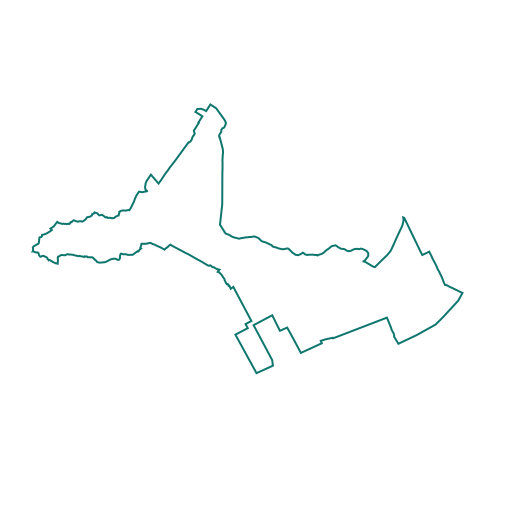 outline of Jijila, Tulcea, Romania, rotated 120°
{"feature_id": "2599482B36076163507486", "entity_name": "Jijila", "entity_type": "district", "adm_level": 2, "iso_a3": "ROU", "parent_name": "Romania", "parent_adm1": "Tulcea", "projection": "mercator", "projection_center": [28.171, 45.34], "detail": "fine", "context": "isolated", "style": "outline", "palette": "teal", "viewbox_px": 512, "rotation_deg": 120, "n_neighbors": 0, "source": "geoboundaries", "source_scale": "gbopen_adm2", "svg_char_len": 6135}
<svg xmlns="http://www.w3.org/2000/svg" viewBox="0 0 512 512"><g transform="rotate(120 256 256)"><path d="M260.8,88.8L244.0,77.2L225.6,66.2L215.6,63.5L193.4,58.5L184.8,58.7L185.6,70.5L185.8,72.2L186.0,76.9L186.6,77.7L185.3,79.7L181.5,84.4L178.3,89.1L176.4,92.3L174.0,95.4L170.4,101.1L165.6,108.1L172.0,112.5L169.4,116.5L148.9,146.6L149.0,147.8L151.4,146.0L156.0,144.6L157.9,144.3L166.1,143.7L181.8,142.1L184.6,142.0L189.9,142.9L196.6,144.9L206.0,147.4L206.3,147.8L206.5,148.4L206.6,149.0L206.5,158.0L206.6,159.1L207.0,160.2L206.7,160.3L206.2,159.7L205.9,159.6L200.8,158.8L199.7,159.0L198.1,159.7L197.2,160.6L196.5,162.2L196.4,162.9L196.5,166.2L197.0,168.5L197.4,169.1L198.5,170.1L198.7,170.4L198.9,171.4L200.4,173.8L201.8,175.0L203.5,176.0L204.7,177.2L205.6,178.4L205.8,179.0L206.0,180.8L206.0,181.3L205.8,182.0L205.9,183.0L207.2,186.0L207.3,189.5L207.0,191.1L207.0,192.4L207.7,193.4L208.5,194.0L209.2,195.0L210.3,195.7L212.8,196.5L216.1,198.1L219.2,199.0L220.5,199.6L221.7,200.5L223.2,201.9L224.8,203.1L224.6,203.5L225.0,204.1L226.5,207.6L229.2,212.0L229.6,212.3L230.0,214.0L230.0,214.8L229.6,216.3L229.7,217.1L232.1,218.3L234.1,219.8L234.4,220.3L234.5,220.9L235.1,222.0L235.2,222.5L235.1,223.1L234.9,224.2L235.0,225.6L234.7,226.7L233.7,230.3L233.5,231.8L233.8,232.7L236.0,235.1L236.7,236.0L237.4,237.9L238.2,240.5L238.4,242.5L239.1,244.4L239.3,245.4L239.4,246.1L239.2,247.1L238.9,247.5L238.8,248.1L239.1,250.3L239.0,251.0L239.3,252.4L239.2,253.2L239.7,255.7L240.1,257.0L240.3,258.2L240.2,259.1L239.8,260.6L239.6,261.8L239.2,262.9L239.8,266.9L239.9,267.3L242.0,269.8L242.8,271.2L243.6,272.1L245.2,274.4L246.2,275.6L247.8,277.6L249.4,279.2L250.9,284.3L251.3,287.3L251.1,289.3L251.2,290.8L251.4,291.4L251.7,293.2L251.3,295.0L251.0,295.3L250.5,295.6L250.4,296.2L247.1,302.4L247.0,302.8L228.1,311.1L200.8,326.7L197.2,328.6L191.3,332.0L190.1,332.8L184.5,335.6L183.2,336.1L181.0,337.5L179.7,338.5L172.2,345.9L172.1,346.4L171.3,346.7L171.2,347.1L171.2,347.3L170.5,348.0L170.0,348.2L168.7,348.3L167.0,348.2L166.3,348.3L165.7,348.2L164.4,348.9L163.8,349.1L162.2,348.9L161.0,348.0L160.5,347.8L157.3,348.1L156.4,348.5L155.8,348.5L153.9,351.2L148.0,364.3L147.6,371.3L155.4,371.6L155.4,373.3L155.9,377.0L158.0,380.3L161.5,380.5L161.8,372.3L169.3,372.6L169.4,372.1L178.6,372.5L179.5,371.5L180.0,371.1L180.6,370.2L183.1,370.2L183.5,370.5L184.9,370.4L187.3,369.9L189.4,370.0L190.9,370.5L191.4,371.0L191.4,371.3L214.0,373.7L222.5,374.9L226.4,375.2L230.2,375.7L238.5,376.2L239.6,376.4L242.0,376.6L238.1,387.7L245.4,388.2L246.3,388.2L248.3,387.9L249.9,387.2L251.2,386.8L252.2,386.3L253.3,385.3L253.7,384.8L253.9,384.3L254.1,383.0L254.3,382.8L254.7,383.0L255.8,384.4L257.6,386.3L258.4,388.7L258.8,389.5L263.7,389.8L267.3,389.4L269.9,388.9L277.9,388.4L279.6,388.6L279.8,389.2L282.1,391.9L282.6,393.2L284.1,395.3L286.0,396.5L286.5,396.0L287.9,395.8L289.6,395.2L290.5,396.1L292.5,397.4L293.8,397.7L294.2,398.0L295.3,399.6L296.0,401.8L296.6,402.5L296.9,403.2L297.1,403.5L296.9,404.6L297.5,404.9L297.8,405.7L297.8,406.4L297.5,407.6L297.3,409.5L297.6,410.2L299.2,412.1L298.9,413.5L298.4,414.6L298.7,416.1L299.0,416.9L298.9,417.6L299.2,417.7L299.8,417.7L300.5,417.8L301.6,418.8L302.7,418.4L303.4,418.6L305.1,419.5L306.2,420.9L307.1,421.8L308.7,421.8L310.3,422.2L312.3,423.1L313.2,423.8L313.4,424.8L313.8,425.7L315.5,427.8L315.9,429.6L316.1,431.3L316.3,431.8L317.2,432.3L318.0,432.4L318.9,432.7L319.1,433.3L319.6,433.5L320.0,433.5L320.6,433.3L321.1,433.7L321.7,433.8L321.8,434.0L321.9,434.7L322.7,435.4L323.2,436.3L323.4,437.1L324.0,437.9L324.4,439.1L325.2,440.0L325.4,441.4L325.9,442.9L326.1,443.3L325.8,445.2L331.2,445.9L331.3,445.8L335.0,447.7L335.6,445.8L338.7,447.2L340.8,448.4L342.8,449.8L344.6,451.8L345.0,451.8L345.8,451.3L346.5,451.3L347.0,451.5L348.0,452.7L348.5,452.7L353.6,450.5L354.2,450.7L358.6,453.3L359.5,453.5L360.2,453.5L362.2,452.0L363.1,451.7L363.7,451.7L363.4,451.2L363.0,448.6L362.9,448.1L362.2,447.1L362.0,446.4L362.0,446.2L363.8,444.2L364.4,442.9L364.3,442.1L363.6,441.5L362.7,441.1L362.1,439.7L362.1,439.4L361.9,437.7L361.9,436.3L362.0,435.9L362.8,435.1L362.9,434.3L363.3,433.5L363.0,433.4L362.6,432.5L362.7,431.3L362.7,429.8L362.8,429.2L362.4,425.5L361.9,424.6L361.8,423.9L360.8,424.4L360.2,424.8L358.6,425.3L357.8,426.2L356.1,427.0L355.6,427.1L355.3,426.7L352.7,425.3L352.0,424.3L351.7,423.5L350.8,421.7L348.9,420.4L348.6,420.0L348.1,418.3L347.5,417.5L346.5,415.1L346.4,414.4L346.0,413.4L345.9,412.7L345.6,412.1L345.5,411.3L345.2,410.7L345.0,409.8L344.2,408.9L344.2,408.5L343.8,407.8L343.8,407.4L343.0,405.5L342.8,404.5L342.8,404.4L342.2,404.3L341.9,404.1L341.8,403.5L341.4,403.1L341.0,402.3L341.3,401.6L341.2,401.1L340.4,399.8L340.2,399.1L339.8,398.6L339.6,398.1L339.0,397.3L339.1,396.6L339.0,396.3L339.0,395.9L339.3,395.6L339.6,394.0L339.9,393.7L339.8,392.9L340.0,392.0L340.2,391.5L340.5,391.2L340.6,390.5L340.4,389.5L340.2,388.6L339.4,387.2L336.9,383.8L335.8,382.8L331.7,380.3L330.1,378.6L329.3,377.6L328.6,376.2L328.5,375.6L328.5,374.3L328.5,373.9L328.1,373.2L327.8,372.8L326.9,372.6L325.6,372.8L324.3,373.7L322.3,374.2L321.8,374.3L321.4,374.0L321.2,373.6L320.9,372.0L320.7,371.4L319.6,369.8L319.4,369.0L319.2,367.9L318.9,367.1L316.6,363.4L311.1,361.0L311.2,360.4L310.0,360.0L308.9,360.0L306.9,359.3L306.8,360.2L304.1,360.8L302.9,361.3L302.3,360.9L301.5,359.2L300.6,357.6L298.2,355.0L297.6,354.2L297.4,353.9L297.3,351.2L296.9,350.0L296.7,346.5L296.3,343.1L296.2,338.4L295.8,338.4L292.4,337.0L290.8,336.6L289.0,335.9L289.1,334.2L288.6,320.6L288.6,319.0L288.3,315.1L288.3,306.2L288.1,299.7L288.2,295.6L288.2,292.5L287.8,291.6L287.1,291.2L286.9,290.6L287.4,288.2L286.8,286.9L286.9,283.9L286.2,280.8L287.7,281.2L288.9,281.2L288.6,279.7L289.5,276.5L291.9,271.6L292.6,271.1L294.4,268.5L295.0,267.2L294.3,266.5L295.6,264.8L295.0,264.3L297.0,261.5L294.1,260.2L314.6,227.5L320.2,231.0L322.6,227.0L334.4,234.5L357.2,197.0L342.5,186.5L338.0,190.0L317.1,223.5L299.2,212.3L308.8,197.9L302.4,193.2L310.6,179.7L317.5,168.7L298.7,155.4L297.1,157.5L293.5,154.2L288.4,148.6L288.7,148.1L288.4,147.8L243.9,111.8L250.9,102.8L251.7,102.1L253.0,100.2L254.2,98.1L255.6,96.7L256.8,96.1L260.8,88.8Z" fill="none" stroke="#0f766e" stroke-width="2"/></g></svg>